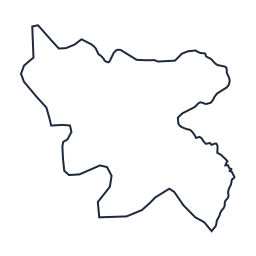 an SVG outline of Dinguiraye, rotated 87°
{"feature_id": "GIN-5634", "entity_name": "Dinguiraye", "entity_type": "Prefecture", "adm_level": 1, "iso_a3": "GIN", "parent_name": "Guinea", "parent_adm1": "", "projection": "natural_earth1", "projection_center": [-10.675, 11.582], "detail": "fine", "context": "isolated", "style": "outline", "palette": "slate", "viewbox_px": 256, "rotation_deg": 87, "n_neighbors": 0, "source": "natural_earth", "source_scale": "10m", "svg_char_len": 2020}
<svg xmlns="http://www.w3.org/2000/svg" viewBox="0 0 256 256"><g transform="rotate(87 128 128)"><path d="M86.6,24.0L90.1,25.1L92.6,27.2L98.2,37.2L101.4,40.0L104.7,41.8L107.2,44.2L108.1,48.7L107.7,50.2L106.4,53.1L106.2,54.4L106.8,56.1L110.6,60.4L116.2,72.9L120.3,77.7L126.1,77.5L128.2,76.3L129.6,74.8L131.1,72.0L132.3,69.0L132.9,66.7L133.9,65.1L136.5,63.1L139.4,61.4L141.5,60.6L140.6,57.0L142.1,55.0L144.9,53.5L147.8,51.2L147.8,50.0L147.4,48.3L147.4,46.7L148.7,46.0L149.2,45.4L148.1,42.1L148.2,40.6L150.8,39.5L157.5,40.1L158.8,37.8L159.8,36.4L164.6,31.8L166.4,30.4L167.4,31.3L168.3,31.8L170.4,32.7L170.3,30.3L171.1,29.7L172.3,29.6L173.6,28.8L174.2,27.2L174.5,26.9L175.5,27.7L175.9,28.6L176.3,28.7L177.1,26.7L182.4,24.3L183.6,24.9L184.2,26.0L185.1,27.0L189.7,28.1L194.6,30.7L197.4,31.4L200.8,31.2L201.8,31.4L203.2,32.1L205.1,33.9L206.2,34.8L207.1,35.1L207.6,35.3L209.9,35.4L211.4,35.8L213.1,36.8L215.9,39.3L217.6,40.3L220.3,41.2L225.2,44.2L228.0,44.7L230.5,45.5L235.3,49.9L226.1,56.8L220.7,65.5L208.2,76.6L194.2,85.2L193.1,86.8L191.9,88.3L190.8,90.0L198.8,104.5L203.7,109.7L210.7,118.4L216.2,134.1L215.7,161.4L200.3,162.0L185.8,149.2L174.9,146.9L165.9,151.0L163.9,157.9L171.8,179.0L171.9,189.3L167.4,193.9L155.9,194.5L143.0,194.5L138.5,193.4L136.2,189.0L129.0,184.7L122.5,185.8L121.5,192.8L121.5,204.6L113.8,206.0L103.2,208.5L91.9,217.8L76.3,229.5L68.3,232.0L60.3,228.6L55.7,222.7L52.8,218.7L21.6,218.3L20.7,212.5L36.2,200.2L45.0,192.9L45.0,185.7L41.9,177.0L37.0,169.8L42.6,160.1L44.8,157.7L46.1,156.6L47.6,155.7L52.5,153.7L53.3,152.9L54.0,151.8L55.8,150.1L57.8,148.6L59.5,147.9L60.4,146.7L61.4,144.2L60.7,143.0L52.5,138.5L51.4,137.5L50.4,136.4L49.9,135.8L49.6,135.1L49.4,134.2L49.4,133.0L49.7,131.3L60.4,115.7L61.1,108.5L61.4,103.8L61.6,98.1L63.2,94.5L63.2,87.5L63.2,77.6L56.7,70.4L54.6,64.5L54.1,56.4L55.3,55.0L56.8,51.9L57.6,47.2L58.6,46.6L59.8,46.6L60.9,45.9L62.9,42.3L63.5,41.4L68.2,37.5L69.8,35.4L71.6,28.4L72.6,26.8L74.5,26.3L77.8,26.5L83.9,24.2L86.6,24.0Z" fill="none" stroke="#1e293b" stroke-width="2"/></g></svg>